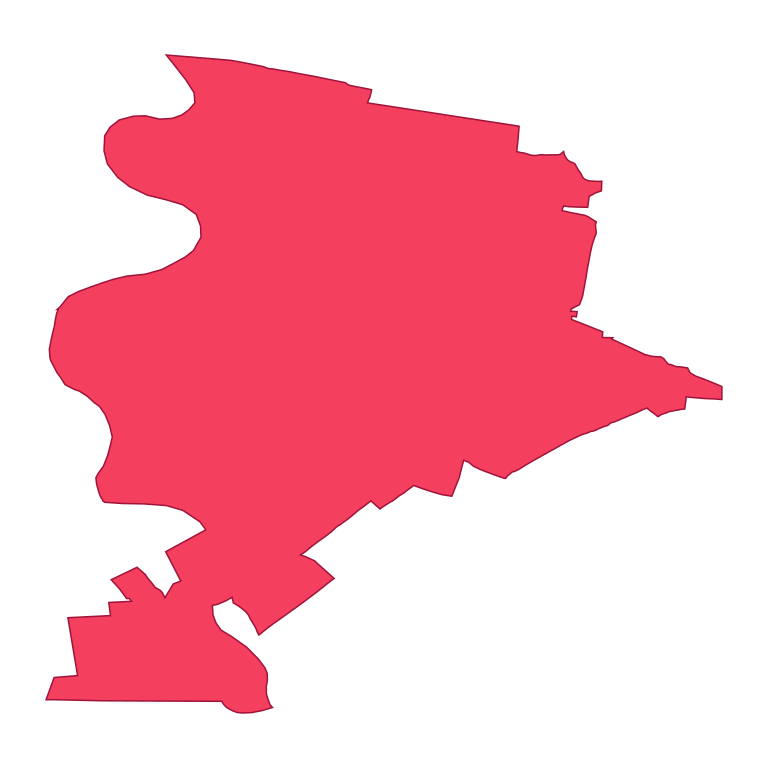 the district of Teasc, Dolj, Romania
{"feature_id": "2599482B57508390808222", "entity_name": "Teasc", "entity_type": "district", "adm_level": 2, "iso_a3": "ROU", "parent_name": "Romania", "parent_adm1": "Dolj", "projection": "robinson", "projection_center": [23.888, 44.168], "detail": "fine", "context": "isolated", "style": "filled", "palette": "rose", "viewbox_px": 768, "rotation_deg": 0, "n_neighbors": 0, "source": "geoboundaries", "source_scale": "gbopen_adm2", "svg_char_len": 5569}
<svg xmlns="http://www.w3.org/2000/svg" viewBox="0 0 768 768"><path d="M272.5,707.5L270.0,704.6L268.3,700.2L266.4,693.9L266.3,686.7L267.4,680.2L267.2,673.4L265.0,667.9L258.5,659.2L246.5,647.1L231.9,636.7L220.9,630.0L215.8,622.6L213.0,614.8L212.4,605.4L217.4,604.4L225.6,601.0L231.0,597.9L232.1,597.2L232.3,598.5L232.7,600.2L233.1,601.5L233.3,603.0L235.4,604.0L238.7,606.2L241.0,607.8L243.4,609.8L245.7,611.7L248.5,615.1L250.3,619.0L254.6,625.9L256.1,628.9L257.2,631.9L258.9,635.0L263.5,631.3L266.5,628.8L273.6,623.5L282.2,617.4L294.8,608.4L302.1,603.1L317.0,591.9L330.0,581.5L333.1,579.2L334.2,578.5L317.3,563.4L314.9,561.1L314.3,560.6L312.7,560.0L307.4,557.5L305.8,556.7L303.2,555.9L301.5,555.3L300.8,554.9L300.5,554.8L305.0,552.0L306.9,550.4L311.8,546.3L319.4,540.6L325.4,536.4L331.5,531.7L336.1,527.3L338.2,525.7L339.7,525.1L341.4,523.7L348.4,518.7L354.6,513.5L358.0,510.6L363.0,507.0L364.7,505.7L370.9,500.9L374.6,504.2L380.0,509.0L382.6,507.0L387.0,504.2L390.4,502.0L392.2,501.2L395.1,499.0L399.4,495.7L404.2,492.8L406.4,490.9L408.0,489.7L409.0,489.0L413.8,485.5L422.2,488.6L434.3,492.5L442.5,494.8L451.8,496.2L459.2,477.7L461.7,467.7L463.7,460.3L463.8,460.1L465.3,461.0L466.7,461.6L468.2,462.0L469.2,462.6L473.4,466.2L474.6,466.8L476.3,467.5L480.1,469.4L485.1,471.4L495.8,475.4L502.2,477.6L503.9,478.2L505.7,478.4L507.5,475.8L509.0,474.7L512.4,471.9L514.5,471.4L517.1,470.3L520.0,468.7L524.6,465.7L532.8,460.9L547.6,452.6L569.1,440.6L578.3,436.3L582.6,434.4L586.5,433.2L589.2,432.3L590.5,431.4L592.1,431.4L594.1,430.8L596.0,430.1L598.6,428.8L601.8,427.4L604.2,426.5L605.7,426.0L607.5,425.6L608.5,424.8L609.6,423.8L610.5,423.2L611.0,422.9L611.7,422.6L612.4,422.4L613.7,422.1L614.7,421.8L616.6,421.0L618.9,420.1L620.6,419.3L622.8,418.3L625.9,417.1L630.2,415.2L633.1,414.1L636.5,412.7L639.4,411.3L641.6,410.2L646.1,408.4L647.1,408.1L647.4,408.5L651.5,411.8L653.0,412.8L655.6,414.7L657.8,416.6L658.8,416.2L659.9,415.5L660.5,415.0L661.3,414.6L663.2,413.9L664.2,413.5L666.4,412.9L667.5,412.3L668.6,411.8L672.6,411.0L675.6,410.4L677.9,410.1L680.7,409.4L682.9,409.2L684.7,409.1L686.3,396.8L692.2,397.5L705.5,398.6L715.2,399.0L718.9,399.3L721.9,399.5L721.9,386.6L715.1,383.6L703.8,379.1L699.6,377.5L695.2,375.9L690.1,372.8L687.6,367.9L686.7,367.8L682.7,367.2L680.3,366.8L677.0,366.7L675.9,366.5L675.5,366.4L673.5,365.6L672.0,365.0L670.4,364.4L669.3,364.4L668.1,363.9L667.3,363.1L666.2,361.9L665.3,360.8L664.4,359.3L663.8,358.8L663.2,358.3L661.4,357.1L660.4,356.8L658.5,356.7L657.4,356.8L655.5,356.6L653.7,356.5L651.7,356.2L649.8,355.8L647.0,355.0L645.4,354.7L645.0,354.8L644.9,354.6L643.9,354.1L635.1,349.9L628.5,346.8L625.4,345.4L618.1,342.0L611.9,339.2L611.6,338.8L612.7,337.7L602.3,337.5L602.7,332.1L602.7,331.8L571.4,319.4L571.9,316.2L576.4,316.9L577.1,311.6L570.7,311.2L571.1,309.2L574.1,307.3L578.0,305.5L579.5,304.6L581.7,298.9L582.7,295.6L586.2,276.5L586.9,271.4L588.8,261.5L589.4,258.1L590.2,253.5L590.8,250.9L591.5,247.9L592.0,245.5L592.7,243.2L595.1,236.0L595.8,234.8L596.1,233.2L596.1,230.9L595.7,228.2L595.5,224.9L596.3,221.9L591.7,219.0L588.0,216.6L584.2,215.1L580.4,214.5L576.5,213.6L572.5,213.0L562.1,210.6L562.2,209.9L562.4,208.9L562.7,208.2L563.2,207.1L563.6,206.0L568.9,206.7L575.1,207.0L582.7,207.2L587.7,207.3L588.7,200.0L589.1,196.5L590.1,195.9L592.4,194.7L595.5,192.9L601.4,190.9L601.8,181.2L598.2,181.4L595.7,181.3L593.0,181.1L589.6,181.0L587.2,180.3L585.2,179.5L583.5,178.2L582.5,176.8L581.8,175.6L581.4,174.4L580.5,173.1L579.6,171.7L578.5,170.2L577.1,167.8L576.5,166.8L575.8,165.3L575.2,164.3L574.6,163.7L573.5,163.0L572.5,162.4L571.5,162.2L570.5,161.9L568.8,160.8L567.7,160.0L567.1,159.3L565.7,157.3L565.1,156.2L564.6,155.1L564.3,154.2L563.8,152.6L563.6,151.5L561.3,153.4L560.6,154.2L559.6,154.5L557.2,154.9L552.9,154.9L547.7,154.9L544.8,155.0L542.3,154.7L540.7,154.7L537.7,155.2L534.6,155.5L531.1,155.2L526.3,153.7L523.1,152.8L520.9,152.6L516.7,151.6L518.0,139.8L519.1,126.2L367.5,102.9L368.7,99.5L369.9,97.2L370.9,93.2L371.6,89.7L352.2,85.9L348.2,84.9L346.9,83.8L345.3,82.7L326.9,79.0L316.5,76.8L300.2,73.8L289.0,71.6L283.8,70.8L279.8,70.2L273.4,69.0L272.6,68.8L271.3,68.8L269.9,68.7L267.5,68.2L266.3,67.7L263.3,66.6L240.3,62.0L230.4,60.3L166.3,55.0L175.8,67.0L185.6,79.5L194.1,92.8L194.9,102.9L188.5,110.1L181.7,115.0L172.3,118.4L159.4,119.1L145.4,115.8L133.2,116.2L119.2,120.0L110.1,127.1L104.7,135.8L104.0,150.8L107.4,163.9L117.7,177.3L129.5,186.6L147.2,195.1L166.2,199.8L182.9,204.8L196.3,214.5L200.5,225.9L201.0,237.2L193.5,250.5L185.3,257.0L172.8,263.8L161.4,269.7L145.1,274.2L126.8,276.1L113.8,279.2L103.9,282.3L91.5,286.7L78.7,291.4L68.3,296.6L60.0,306.9L57.1,309.5L58.3,309.4L56.6,313.5L55.3,319.9L54.4,326.2L52.7,332.9L51.3,339.1L49.3,349.5L50.1,358.7L51.0,361.0L56.8,372.3L60.7,377.6L64.9,384.4L65.9,385.1L74.1,389.3L79.5,391.2L87.6,396.5L94.3,402.7L99.5,406.4L105.1,414.5L109.6,425.5L112.3,437.0L110.3,445.4L107.6,455.7L103.3,466.5L98.3,473.2L95.9,477.7L96.6,484.2L99.1,493.0L100.6,496.8L102.6,500.0L102.9,501.0L104.8,502.3L113.6,502.9L122.3,503.5L144.1,503.9L166.5,505.6L174.7,508.0L182.9,510.4L199.8,521.7L205.0,528.6L205.7,529.9L165.7,551.7L180.8,581.0L173.3,583.9L164.9,597.8L162.3,592.5L160.1,590.3L155.2,587.4L151.4,582.5L147.9,578.4L145.1,574.3L137.0,567.3L111.2,579.7L119.5,588.8L126.6,598.6L129.2,598.4L131.5,601.3L108.8,602.5L110.5,615.6L67.9,617.7L77.6,675.6L54.1,677.5L46.1,699.7L53.0,699.7L103.7,700.8L218.8,701.3L221.7,701.3L223.7,704.4L226.4,707.3L228.6,708.7L232.4,710.7L237.2,712.5L242.3,713.0L247.0,712.8L251.8,712.6L255.8,711.8L262.2,710.6L272.5,707.5Z" fill="#f43f5e" stroke="#9f1239" stroke-width="1.5"/></svg>